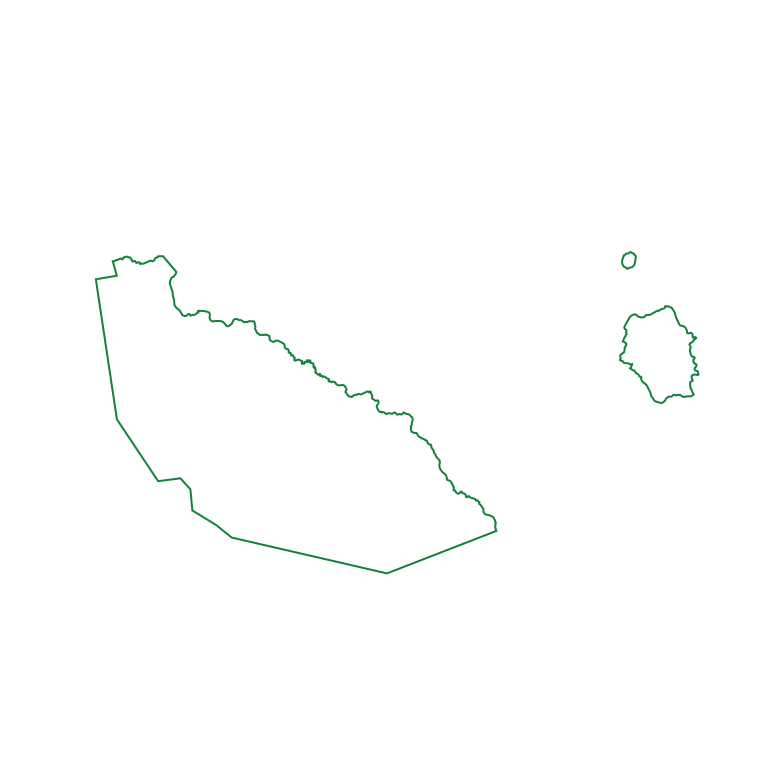 Rai Coast District, Madang, Papua New Guinea, rotated 13°
{"feature_id": "67681753B12323407332592", "entity_name": "Rai Coast District", "entity_type": "district", "adm_level": 2, "iso_a3": "PNG", "parent_name": "Papua New Guinea", "parent_adm1": "Madang", "projection": "robinson", "projection_center": [146.508, -5.549], "detail": "fine", "context": "isolated", "style": "outline", "palette": "green", "viewbox_px": 768, "rotation_deg": 13, "n_neighbors": 0, "source": "geoboundaries", "source_scale": "gbopen_adm2", "svg_char_len": 6159}
<svg xmlns="http://www.w3.org/2000/svg" viewBox="0 0 768 768"><g transform="rotate(13 384 384)"><path d="M429.4,567.9L526.5,501.9L524.8,499.1L524.1,495.8L524.1,494.0L522.1,491.0L521.0,489.7L518.9,488.6L515.3,488.1L512.1,488.3L510.9,487.5L509.7,486.2L509.0,483.5L505.6,480.3L503.7,479.3L503.5,477.7L502.6,477.6L501.5,476.3L499.7,476.9L499.2,475.9L498.5,475.5L494.2,475.2L492.4,474.8L491.8,474.1L490.1,475.7L489.4,475.6L488.3,473.3L486.3,472.6L485.1,472.8L483.7,471.4L482.7,472.0L481.8,473.9L480.4,474.2L478.9,473.7L477.3,471.8L476.1,472.1L475.6,471.6L475.4,469.1L473.9,467.6L473.6,466.7L472.4,465.8L471.9,464.7L470.2,463.5L467.1,463.2L465.7,460.1L464.9,459.0L463.6,458.0L460.8,456.7L458.3,454.7L457.0,452.9L456.1,450.3L456.1,447.6L455.2,445.7L451.6,443.4L449.8,440.9L448.7,440.2L447.8,439.1L447.6,438.1L444.4,435.1L444.0,433.5L443.2,432.6L441.8,432.8L439.8,431.6L438.4,429.5L437.2,429.6L435.7,428.8L433.4,428.5L429.6,427.2L428.5,426.5L427.4,425.0L426.5,424.4L424.5,424.9L421.9,424.4L420.5,422.6L420.3,420.7L419.8,419.2L420.3,417.4L419.9,415.9L420.0,411.7L418.7,409.9L417.4,409.5L416.0,408.3L415.1,408.0L412.5,408.1L409.6,407.2L409.0,408.7L407.7,409.9L405.8,409.6L404.4,410.8L403.6,410.8L402.0,409.6L400.6,409.4L398.5,411.3L395.9,411.2L394.5,411.7L393.7,412.5L392.7,412.7L390.1,411.5L389.1,411.6L388.5,412.2L387.5,411.6L386.5,412.1L385.6,412.0L383.8,410.4L381.9,407.5L382.0,406.4L382.9,404.2L382.9,403.3L382.2,401.5L381.4,401.4L379.9,402.3L375.9,400.9L375.4,400.3L375.4,398.4L373.2,395.6L372.7,394.4L372.2,394.3L371.2,395.5L370.0,395.0L369.2,395.2L363.9,399.4L361.6,399.3L360.7,399.7L359.9,400.7L358.3,401.0L356.8,402.1L355.5,403.9L352.3,403.9L348.4,400.7L348.2,399.2L348.8,398.3L348.7,397.6L346.7,395.2L345.5,394.5L344.1,394.2L340.7,395.5L339.3,395.5L337.0,394.6L335.9,393.3L333.6,393.1L332.5,394.1L331.4,393.5L330.3,393.9L329.5,393.8L329.2,392.9L329.5,392.3L329.0,391.5L327.3,391.4L324.5,390.1L323.5,390.2L322.9,391.0L321.9,390.0L320.1,390.6L319.8,390.3L319.9,389.4L319.3,388.6L317.9,389.7L317.1,389.6L315.4,388.3L314.6,388.3L314.3,387.6L314.5,386.0L313.5,384.8L313.5,384.0L313.0,383.2L312.0,383.8L311.4,383.1L310.9,380.4L309.4,379.7L307.8,379.9L307.2,379.2L307.2,378.3L306.7,377.7L306.1,377.8L305.9,379.1L305.1,379.7L304.4,379.2L304.1,378.1L303.6,378.2L303.4,379.7L302.9,380.3L301.9,380.3L301.7,380.7L301.9,381.9L301.4,382.4L300.2,382.2L299.5,382.7L299.2,382.3L299.4,380.7L299.1,380.1L297.3,380.0L296.3,379.4L294.5,379.7L293.6,380.5L291.7,381.2L291.1,380.7L291.2,379.0L290.8,378.3L289.5,377.7L288.6,376.5L287.1,376.9L286.0,374.8L284.8,375.0L283.8,374.3L283.9,373.0L282.3,371.6L280.4,371.7L279.6,371.3L279.0,370.6L278.7,369.2L277.7,367.5L273.3,366.1L270.4,365.7L268.9,366.0L267.6,367.5L266.3,367.9L263.3,367.1L262.2,365.8L262.0,364.0L261.2,362.9L257.6,362.4L255.8,363.4L254.3,363.4L252.7,364.2L248.9,362.8L245.9,359.2L245.7,356.6L244.5,355.1L244.5,353.9L243.4,352.3L239.4,352.9L237.8,353.5L236.9,354.5L235.7,354.5L234.0,355.3L230.2,353.9L228.3,354.3L226.1,353.8L224.9,354.0L224.1,354.3L223.1,355.4L222.0,359.9L219.5,362.6L218.0,363.1L213.6,359.9L211.2,359.4L205.3,360.5L203.7,361.5L201.8,361.4L200.8,360.9L199.3,359.3L198.7,355.7L198.2,354.5L197.5,353.7L195.6,353.4L192.1,353.4L186.6,354.4L186.3,354.8L187.1,355.5L187.0,356.1L186.0,356.7L183.8,359.3L182.0,359.7L180.3,360.8L179.8,360.8L178.9,359.7L178.4,359.7L177.3,360.2L176.5,361.5L175.1,362.6L172.0,362.3L168.9,358.8L167.7,357.9L165.2,357.0L162.2,354.4L160.1,348.3L158.6,346.1L157.4,342.1L152.7,334.4L152.4,331.2L152.9,329.6L152.9,328.4L154.9,326.7L155.2,325.6L156.2,324.0L156.4,321.5L139.9,309.2L135.3,310.3L134.9,311.6L134.2,311.7L132.8,312.8L132.5,313.6L132.6,314.8L131.0,316.5L128.6,316.3L122.7,320.8L119.2,321.8L118.9,320.8L117.2,320.6L115.6,321.7L113.8,320.2L111.4,321.1L110.5,320.5L110.4,319.6L109.3,319.1L108.0,317.8L106.6,318.1L105.5,317.7L103.7,318.1L102.3,318.9L101.2,321.2L100.6,320.7L99.6,321.2L98.8,321.1L96.5,323.1L95.5,323.2L93.8,324.8L92.1,325.4L99.3,338.6L79.7,346.8L131.7,478.5L185.8,529.5L206.8,521.7L219.0,530.1L225.7,550.3L252.5,559.3L270.2,567.9L429.4,567.9ZM646.6,244.9L643.3,244.4L642.3,245.0L640.7,244.8L640.4,246.7L639.8,247.5L637.3,248.7L635.0,251.1L633.2,251.4L631.8,253.2L630.6,253.9L628.8,255.9L626.7,257.2L624.2,257.7L622.5,260.1L621.6,260.7L619.4,261.3L616.7,261.2L613.8,259.7L612.6,259.7L610.4,261.0L608.5,263.3L605.5,273.5L605.5,275.2L606.2,276.1L607.8,276.8L608.3,277.6L608.2,279.1L609.2,280.8L608.5,282.2L608.5,283.6L607.9,284.4L607.1,288.7L607.4,289.0L609.8,289.3L611.2,290.6L611.2,291.9L610.3,294.7L610.8,296.4L610.7,299.1L608.0,302.2L607.7,303.2L608.9,305.7L608.5,307.5L609.1,307.9L611.4,308.1L613.1,309.5L617.6,309.0L619.7,309.6L621.2,308.8L621.4,310.0L620.9,310.6L621.1,311.9L620.2,313.3L623.6,314.7L624.9,314.6L627.3,316.9L628.8,317.1L629.9,317.7L631.1,319.2L632.7,319.1L633.2,319.6L633.4,321.2L633.9,322.1L635.5,323.8L636.8,324.1L637.4,324.9L638.3,324.9L640.2,326.1L645.4,332.3L647.0,335.5L651.3,339.4L652.1,339.8L658.2,340.3L660.0,339.2L661.2,337.6L661.7,336.8L662.1,334.6L664.1,332.4L667.0,331.6L668.4,329.7L669.7,329.1L670.9,329.5L672.2,328.6L673.3,328.6L674.6,327.9L677.9,329.2L679.4,329.0L683.0,327.5L685.5,327.2L688.1,324.9L687.9,324.1L687.0,323.4L684.4,319.7L683.4,318.9L682.0,314.2L682.1,313.0L684.0,311.2L683.9,310.7L682.5,309.3L682.0,306.9L682.9,305.6L683.9,305.1L685.7,304.7L687.5,304.8L688.3,304.0L686.8,301.0L684.2,300.7L683.2,299.7L683.2,298.6L684.2,296.8L684.2,295.0L683.7,294.5L681.9,294.1L680.3,292.6L680.0,290.8L680.9,289.2L680.5,288.1L678.0,288.0L676.1,286.0L674.5,282.4L674.5,279.1L674.0,278.1L672.7,276.9L672.9,275.8L675.6,273.0L675.9,271.3L677.5,269.6L677.7,268.7L676.8,268.2L675.3,269.2L674.2,268.9L673.3,266.0L672.6,265.3L671.3,265.1L669.3,266.3L668.3,266.2L667.7,265.5L666.9,263.4L664.8,261.1L662.4,260.2L660.1,260.4L658.7,259.9L653.5,253.3L651.1,248.8L647.5,245.3L646.6,244.9ZM595.3,200.1L594.4,200.1L592.8,201.7L590.6,202.6L589.3,204.6L588.7,204.8L588.6,207.9L588.2,208.8L588.4,211.1L589.1,213.1L590.0,214.5L591.3,215.6L593.3,216.0L594.7,217.0L595.4,216.9L597.0,215.5L599.4,214.4L601.0,212.1L601.2,209.7L600.8,203.6L600.4,202.6L599.0,201.8L598.3,200.9L596.0,200.5L595.3,200.1Z" fill="none" stroke="#15803d" stroke-width="2"/></g></svg>